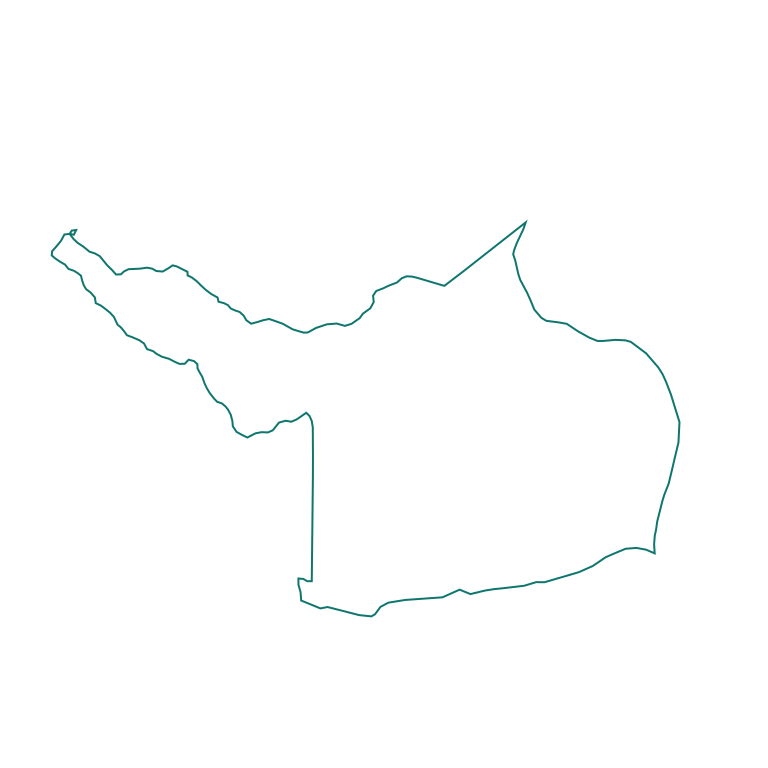 Salitre, Ceará, Brazil (Robinson projection), rotated 249°
{"feature_id": "56859067B98262319146081", "entity_name": "Salitre", "entity_type": "district", "adm_level": 2, "iso_a3": "BRA", "parent_name": "Brazil", "parent_adm1": "Ceará", "projection": "robinson", "projection_center": [-40.29, -7.185], "detail": "fine", "context": "isolated", "style": "outline", "palette": "teal", "viewbox_px": 768, "rotation_deg": 249, "n_neighbors": 0, "source": "geoboundaries", "source_scale": "gbopen_adm2", "svg_char_len": 2831}
<svg xmlns="http://www.w3.org/2000/svg" viewBox="0 0 768 768"><g transform="rotate(249 384 384)"><path d="M128.9,576.0L137.5,578.7L145.5,582.5L150.0,585.5L157.9,589.9L175.2,602.1L180.4,606.2L188.9,614.0L200.8,622.2L210.4,628.7L223.8,637.9L242.5,646.2L271.3,648.1L284.8,648.1L293.1,647.6L301.2,646.0L318.7,639.7L334.8,629.6L338.2,625.1L342.3,615.8L345.7,603.9L347.7,598.7L353.8,592.2L363.8,583.9L374.7,576.2L379.0,569.0L384.8,558.2L389.4,554.6L399.6,551.0L409.2,550.8L418.0,550.3L432.3,548.5L438.5,548.8L452.4,550.8L458.8,551.1L462.3,553.4L468.1,558.6L478.4,569.4L484.1,574.2L460.7,498.3L454.0,475.5L467.8,457.5L471.5,452.7L474.3,448.5L476.4,443.8L476.4,438.6L474.1,432.5L474.1,423.2L473.6,417.4L473.6,410.0L470.3,405.4L464.2,403.8L459.6,398.4L457.2,389.4L454.2,384.9L451.8,375.2L452.3,368.3L457.4,361.5L460.2,352.0L460.7,340.7L459.4,331.3L460.7,327.5L463.1,324.3L467.8,318.3L476.5,311.1L479.6,307.5L485.8,300.2L486.8,294.5L487.2,288.2L487.9,281.6L492.9,278.3L498.1,277.5L503.0,275.0L506.0,271.4L509.4,268.0L513.5,266.6L516.9,263.5L520.1,259.0L524.4,259.6L529.9,255.0L535.8,251.3L541.3,248.6L546.9,246.1L552.3,242.8L555.7,239.6L559.2,240.7L568.0,232.7L570.5,229.2L569.3,224.1L568.3,217.7L571.1,211.9L574.7,209.0L577.5,204.5L579.0,198.0L580.9,192.1L582.7,186.8L582.3,181.7L580.7,177.7L582.2,173.1L588.0,170.9L594.1,168.1L598.7,166.6L605.3,164.4L609.8,160.6L613.0,156.5L616.4,154.6L620.2,152.4L625.5,148.6L630.7,146.1L636.8,144.3L638.1,139.2L633.3,133.6L629.7,127.2L626.9,121.8L623.1,119.9L619.0,122.1L614.5,125.2L609.8,129.0L604.5,130.7L600.9,135.0L597.7,137.5L593.7,139.9L588.8,139.3L583.7,139.1L579.4,139.8L574.5,142.9L568.5,145.1L562.8,143.9L558.5,147.9L554.2,150.6L548.7,153.8L543.4,155.9L539.1,156.2L534.8,156.5L531.5,158.5L526.9,160.1L521.7,161.5L517.3,166.4L512.5,171.3L507.8,174.5L501.6,175.2L497.3,180.3L493.7,182.4L489.1,186.4L484.4,192.5L479.7,196.6L476.1,200.2L474.3,205.2L476.7,210.3L473.5,214.8L469.5,216.9L465.4,215.5L461.3,216.0L455.8,216.9L448.9,216.7L443.5,217.1L438.3,218.0L431.6,220.0L427.1,221.9L424.1,225.6L420.0,227.9L416.0,229.2L410.2,229.9L403.8,229.2L398.7,227.7L392.1,229.2L387.1,233.4L383.0,237.3L384.0,246.4L382.9,252.4L380.4,258.3L380.6,263.5L382.9,267.5L385.6,272.1L385.0,278.8L382.0,284.0L382.2,289.6L383.6,295.5L385.0,301.1L380.8,303.0L375.4,303.3L369.1,302.0L342.3,291.9L322.7,284.3L225.8,245.9L227.4,241.7L231.0,238.7L233.1,234.4L227.2,232.2L219.6,231.5L211.5,229.1L197.3,244.2L196.0,251.4L177.2,277.9L171.6,288.9L172.2,293.0L177.2,300.9L178.3,309.7L174.8,326.4L163.9,362.1L164.9,380.9L156.9,389.4L155.0,404.1L153.2,412.6L150.8,421.5L145.4,442.6L144.5,455.0L141.4,462.9L138.5,498.5L138.9,506.2L139.3,513.8L142.8,528.7L143.2,536.1L143.6,550.5L140.5,560.9L135.5,569.2L128.9,576.0ZM636.8,144.3L634.5,148.0L638.1,151.8L639.1,147.5L636.8,144.3Z" fill="none" stroke="#0f766e" stroke-width="2"/></g></svg>